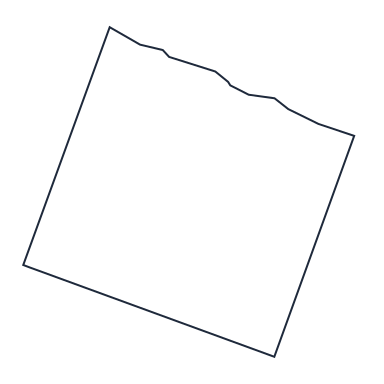 Phelps, Nebraska, United States of America (orthographic projection), rotated 20°
{"feature_id": "52423323B18831835736879", "entity_name": "Phelps", "entity_type": "district", "adm_level": 2, "iso_a3": "USA", "parent_name": "United States of America", "parent_adm1": "Nebraska", "projection": "orthographic", "projection_center": [-99.415, 40.518], "detail": "fine", "context": "isolated", "style": "outline", "palette": "slate", "viewbox_px": 384, "rotation_deg": 20, "n_neighbors": 0, "source": "geoboundaries", "source_scale": "gbopen_adm2", "svg_char_len": 340}
<svg xmlns="http://www.w3.org/2000/svg" viewBox="0 0 384 384"><g transform="rotate(20 192 192)"><path d="M325.2,83.8L287.6,84.8L254.2,81.2L237.5,75.7L212.0,81.2L191.5,78.7L188.3,76.2L172.7,70.8L124.3,72.9L116.0,68.6L92.8,71.3L58.3,65.3L58.4,318.3L65.2,318.4L325.7,318.7L325.2,83.8Z" fill="none" stroke="#1e293b" stroke-width="2"/></g></svg>